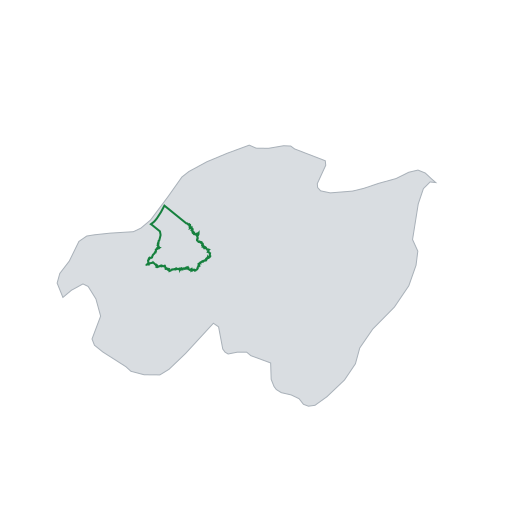 location of Karongi, Western, Rwanda, rotated 39°
{"feature_id": "39286606B2179123121438", "entity_name": "Karongi", "entity_type": "district", "adm_level": 2, "iso_a3": "RWA", "parent_name": "Rwanda", "parent_adm1": "Western", "projection": "equal_earth", "projection_center": [29.451, -2.174], "detail": "fine", "context": "in_parent", "style": "outline", "palette": "green", "viewbox_px": 512, "rotation_deg": 39, "n_neighbors": 0, "source": "geoboundaries", "source_scale": "gbopen_adm2", "svg_char_len": 6880}
<svg xmlns="http://www.w3.org/2000/svg" viewBox="0 0 512 512"><g transform="rotate(39 256 256)"><path d="M213.8,148.7L218.6,148.5L249.9,138.4L253.1,141.6L258.1,161.2L260.8,164.0L265.2,164.7L274.0,160.2L290.1,144.9L297.2,135.6L305.5,122.5L316.1,107.7L322.0,94.8L327.8,87.3L335.3,85.0L343.7,85.6L349.5,85.8L344.7,88.9L343.7,98.3L349.3,113.4L367.3,144.7L378.7,150.4L386.2,162.5L393.5,183.0L395.7,208.6L392.7,239.3L394.5,262.2L401.1,277.2L402.8,296.7L399.7,320.6L395.8,334.9L391.3,339.7L386.2,341.4L379.3,339.8L370.8,341.8L361.6,346.3L355.8,347.0L352.2,346.1L345.4,342.3L334.7,329.9L314.7,336.7L309.3,336.6L302.0,342.5L296.0,349.7L292.4,350.2L288.7,349.2L271.5,334.6L265.2,335.1L262.6,376.1L259.7,398.8L256.1,408.9L243.8,418.7L231.4,424.3L224.6,423.9L197.3,427.0L186.6,427.0L180.8,423.7L173.1,400.5L158.6,390.1L144.7,385.3L139.1,386.6L134.1,398.8L132.0,409.7L118.5,402.2L114.5,393.0L114.1,377.4L109.2,356.1L111.9,347.0L117.2,341.1L128.4,329.9L145.4,314.3L149.0,306.8L151.4,294.4L150.3,265.6L148.7,241.2L150.7,232.5L158.5,213.7L168.9,194.4L181.0,174.1L188.3,172.1L198.0,164.4L208.1,152.9L213.8,148.7Z" fill="#d9dde1" stroke="#a8b0b8" stroke-width="1"/><path d="M211.6,308.9L212.8,308.4L213.2,308.5L213.5,308.0L213.8,307.2L214.0,307.6L214.3,307.3L214.7,307.9L215.0,308.2L215.2,307.6L215.0,307.2L215.3,306.5L215.7,306.7L215.7,306.2L216.2,306.1L216.6,305.6L216.9,305.9L217.6,306.0L218.1,305.4L217.9,304.9L218.5,304.0L218.4,303.6L218.6,303.1L218.5,302.9L218.5,302.3L218.3,302.2L218.1,302.1L217.8,301.6L217.7,300.7L218.0,300.4L217.9,300.1L218.1,299.6L217.8,299.6L217.8,299.2L217.7,299.0L217.1,299.1L217.0,298.2L216.4,298.2L216.6,297.3L217.1,296.9L216.8,296.8L216.8,296.7L216.9,296.3L216.8,295.9L217.0,295.5L217.5,294.9L217.6,294.5L217.8,294.5L218.1,293.9L218.3,293.8L218.2,293.5L218.0,293.4L218.4,293.1L218.3,292.8L218.7,292.5L218.7,291.8L219.0,291.4L219.5,291.3L219.5,291.0L219.9,291.0L220.0,290.8L219.8,290.6L219.8,290.3L219.7,290.1L219.3,290.2L219.3,289.8L219.0,289.6L219.0,289.2L219.1,288.8L219.2,289.0L219.3,289.6L219.6,289.6L219.7,288.6L219.4,287.8L219.8,288.1L219.9,287.4L220.4,287.3L220.5,286.8L220.1,286.8L220.0,286.2L220.5,286.2L220.7,285.4L220.7,285.1L220.6,284.9L220.1,285.0L219.8,284.8L219.4,284.0L219.0,283.7L218.6,282.8L218.2,282.9L218.1,283.0L217.7,282.7L217.3,282.7L216.0,283.2L215.8,281.9L215.6,281.5L215.4,281.5L215.3,281.2L215.4,280.7L214.8,280.9L214.3,281.6L214.0,281.8L213.6,281.5L212.6,281.5L212.1,281.1L211.6,281.0L211.1,281.1L211.3,281.3L211.5,281.3L211.7,281.5L211.5,282.0L211.3,282.2L211.1,281.8L210.8,282.0L210.5,281.5L210.4,281.6L210.2,281.5L210.0,281.9L209.8,281.7L209.7,281.9L209.5,281.7L209.1,281.9L208.7,282.3L208.6,282.1L208.3,281.9L208.4,281.6L208.4,281.2L207.9,280.8L207.4,281.0L207.3,280.8L207.1,281.1L206.5,280.1L206.3,280.2L206.0,279.9L205.8,279.9L205.6,280.1L205.1,279.7L204.8,280.2L204.5,280.0L204.4,280.1L204.2,279.9L203.7,280.2L203.0,280.2L202.7,280.5L202.9,281.0L202.5,281.2L202.1,281.0L201.9,281.1L201.5,281.0L200.4,281.0L200.3,280.8L199.9,280.4L199.9,280.2L199.7,280.1L199.9,279.5L199.7,279.1L199.4,279.0L199.3,278.6L199.0,278.5L198.7,278.3L198.5,278.2L198.3,277.9L197.8,277.7L197.7,277.5L197.8,277.1L197.1,277.2L197.1,276.8L197.3,276.7L197.5,275.9L197.6,275.2L196.9,274.3L196.9,274.7L196.5,274.9L196.3,275.3L196.1,275.5L196.1,275.8L195.8,276.2L195.5,277.1L195.2,277.2L195.0,277.5L194.5,277.8L194.5,277.5L194.3,277.3L193.8,277.1L193.7,277.2L193.4,276.9L193.2,277.2L192.7,277.0L192.6,277.4L192.7,277.6L192.5,277.8L192.0,277.6L191.8,276.8L191.3,276.8L191.3,277.2L191.0,277.0L190.8,276.3L190.6,276.0L190.3,276.1L190.2,275.8L189.7,276.1L189.7,275.7L189.8,275.2L189.7,274.9L189.2,274.8L189.1,275.2L188.9,275.2L188.4,274.8L188.3,275.0L188.1,274.9L187.9,274.6L187.7,275.1L187.3,275.8L187.1,275.0L186.5,275.3L186.3,274.6L185.9,274.6L185.6,274.3L185.2,274.4L185.1,274.1L185.3,274.1L185.3,273.7L185.5,273.6L185.3,273.4L185.1,273.6L184.7,273.6L184.3,273.3L184.2,273.3L184.2,273.5L183.9,273.8L183.8,274.0L183.5,274.2L182.3,273.9L182.0,274.0L181.4,274.5L153.1,274.5L154.5,281.6L154.9,285.4L155.3,289.2L155.3,291.9L155.2,293.6L154.8,295.4L154.3,297.4L155.7,297.3L165.8,297.3L168.2,299.3L168.8,300.0L170.7,304.1L171.0,304.8L170.8,305.4L171.4,306.2L171.4,306.4L171.4,306.7L171.7,306.8L171.9,307.4L172.1,307.6L172.1,307.8L171.9,308.0L172.1,308.5L172.3,308.5L172.3,308.3L172.5,308.3L172.4,308.0L172.6,308.0L172.9,309.0L173.0,309.1L173.0,309.5L173.4,309.4L173.9,309.6L174.0,310.1L174.2,310.4L174.2,310.7L174.5,310.4L174.9,310.3L174.9,310.1L175.2,310.2L175.3,310.4L175.5,310.4L175.5,310.7L175.8,310.5L175.7,311.1L175.1,311.1L175.0,312.0L174.8,312.7L174.5,312.9L174.5,313.4L174.2,313.8L174.1,314.1L174.4,314.5L175.2,315.1L175.2,315.4L175.3,315.7L175.1,315.8L175.1,316.2L175.5,316.3L175.7,316.5L175.2,317.3L175.4,317.8L175.5,318.2L175.2,319.2L175.2,320.2L175.4,320.4L175.4,321.0L175.7,321.5L175.8,322.4L176.1,322.6L176.0,322.9L175.7,323.0L175.5,323.4L175.5,323.6L175.0,323.9L174.9,324.4L174.3,324.3L174.2,324.6L174.3,325.1L174.4,325.3L174.4,325.6L175.1,326.0L174.8,327.3L175.7,328.2L176.6,328.6L176.5,328.8L176.7,329.1L176.6,329.4L176.7,329.8L176.8,330.0L176.8,330.4L177.2,330.5L176.9,330.7L176.4,331.4L176.4,331.6L176.5,331.7L176.6,331.9L176.9,332.1L177.1,332.2L176.6,331.8L176.5,331.5L176.5,331.3L176.9,330.7L177.6,330.5L177.8,329.9L177.8,329.7L178.0,329.3L178.1,328.7L179.1,327.1L179.4,327.0L179.6,326.7L179.9,326.4L179.9,325.9L180.2,326.0L180.5,325.7L182.8,326.0L183.4,325.6L183.9,326.0L184.4,325.5L185.1,325.5L185.4,325.6L185.4,325.8L185.7,326.7L185.6,327.1L186.1,327.0L186.3,326.8L186.3,326.4L186.5,326.2L186.8,325.9L186.8,325.7L187.0,325.6L187.3,324.9L187.6,324.6L187.5,324.4L187.8,324.1L187.9,323.7L188.1,323.7L188.1,323.4L188.5,322.8L188.8,322.7L189.3,323.2L189.9,322.4L190.3,322.4L190.7,322.1L191.0,321.4L191.0,321.1L191.2,320.9L191.9,321.2L192.1,321.6L192.8,322.0L193.0,322.3L193.4,322.4L193.7,322.2L193.9,322.3L194.1,322.7L194.6,322.2L195.2,322.2L195.0,321.8L195.3,321.8L195.4,321.6L195.7,321.8L195.9,321.4L196.2,321.4L196.6,321.0L197.0,321.9L197.9,321.9L198.2,322.2L198.5,321.7L198.6,321.9L198.6,321.6L198.9,321.1L198.8,320.7L199.0,319.9L199.0,319.7L199.4,319.5L199.5,319.0L199.9,318.9L200.5,317.9L200.8,317.9L200.9,317.6L201.1,317.6L201.3,317.4L201.2,317.1L201.6,316.4L201.6,316.1L201.7,315.8L202.2,315.7L202.5,316.2L202.8,315.6L203.5,315.2L203.8,314.9L204.0,314.6L204.1,314.8L204.2,314.7L204.3,314.8L204.6,314.8L204.8,314.2L205.0,313.8L205.1,314.1L205.4,314.4L205.2,313.6L205.5,313.0L205.8,313.0L206.0,313.2L206.1,312.6L206.5,312.7L206.5,312.4L206.8,312.1L207.0,312.3L207.0,312.0L207.3,311.7L207.3,311.4L207.7,311.2L207.9,310.8L208.3,310.7L208.7,309.9L208.8,310.3L209.0,309.9L209.2,310.2L209.6,310.1L209.6,309.9L209.3,309.9L209.1,309.3L209.3,309.2L209.4,309.5L209.6,309.5L209.8,309.2L209.5,308.7L209.9,308.6L210.1,307.7L210.4,307.9L210.8,307.7L211.1,307.8L211.3,308.4L211.3,308.8L211.6,308.9Z" fill="none" stroke="#15803d" stroke-width="2"/></g></svg>